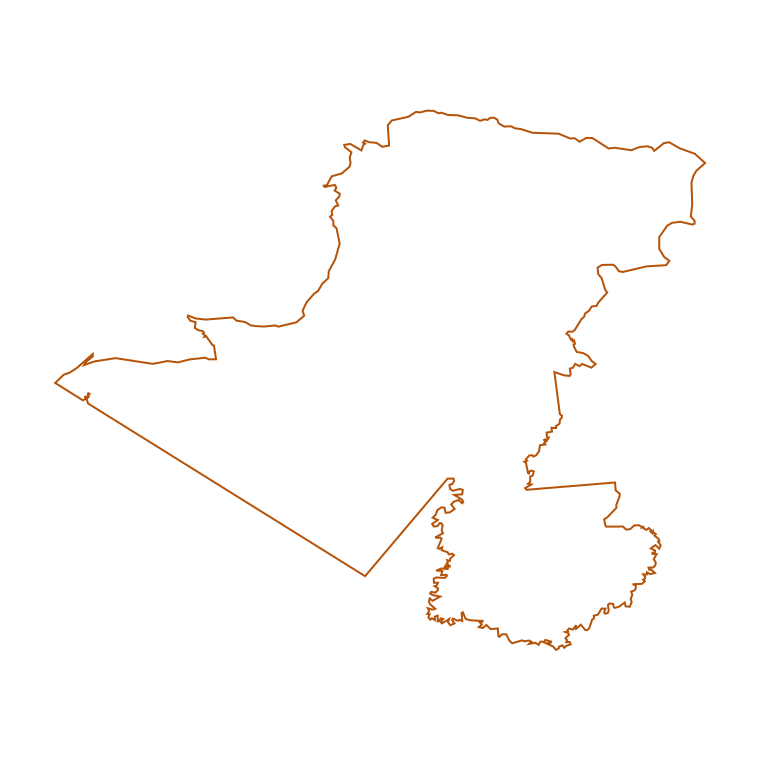 outline of San Vicente De Chucuri, Santander, Colombia, rotated 268°
{"feature_id": "7082276B82845110848853", "entity_name": "San Vicente De Chucuri", "entity_type": "district", "adm_level": 2, "iso_a3": "COL", "parent_name": "Colombia", "parent_adm1": "Santander", "projection": "natural_earth1", "projection_center": [-73.583, 6.928], "detail": "fine", "context": "isolated", "style": "outline", "palette": "amber", "viewbox_px": 768, "rotation_deg": 268, "n_neighbors": 0, "source": "geoboundaries", "source_scale": "gbopen_adm2", "svg_char_len": 6143}
<svg xmlns="http://www.w3.org/2000/svg" viewBox="0 0 768 768"><g transform="rotate(268 384 384)"><path d="M135.3,482.1L135.7,489.2L127.7,489.6L127.3,490.6L129.7,493.1L129.6,497.4L123.3,500.3L120.4,503.0L123.0,513.1L122.0,515.2L122.6,520.0L121.3,522.3L119.2,519.9L120.1,526.3L117.9,529.5L121.1,531.3L120.7,535.4L122.6,536.2L120.8,541.9L119.6,541.6L119.2,536.9L115.8,543.8L112.3,546.6L113.7,549.4L115.3,549.6L116.6,553.2L114.1,555.0L115.9,556.9L117.3,561.5L119.7,560.5L119.7,557.1L121.5,558.0L123.7,556.4L126.8,560.2L128.7,559.3L129.8,556.7L130.3,559.3L131.7,558.9L133.2,560.3L132.0,564.1L136.3,567.8L133.3,566.5L132.4,567.2L136.6,572.3L131.1,576.6L130.9,578.3L132.8,580.6L141.3,583.8L142.6,585.8L145.1,585.6L146.0,589.7L152.0,593.6L151.8,597.5L147.8,596.0L146.7,597.1L147.3,599.6L149.7,600.7L155.4,600.1L156.8,601.7L156.2,605.4L153.1,605.7L152.2,607.0L153.3,611.2L157.2,617.0L153.4,617.7L152.8,621.8L157.5,623.9L160.7,623.1L164.6,624.8L167.9,623.8L169.1,627.4L171.3,628.6L173.7,628.6L175.2,625.5L175.3,635.0L177.8,637.8L179.4,636.2L180.4,638.0L182.2,638.3L184.7,636.4L184.5,640.0L186.6,640.2L184.7,643.2L185.7,648.1L189.1,644.6L189.1,642.6L191.3,642.0L191.2,646.5L193.1,648.7L196.1,649.4L199.5,647.5L204.5,650.5L204.9,646.4L206.0,646.5L206.2,648.8L208.1,649.1L210.4,644.9L213.5,649.7L209.8,653.3L213.3,654.9L216.6,652.5L217.7,654.5L217.7,652.8L219.5,653.2L223.0,649.0L224.4,650.5L225.8,648.9L225.3,647.5L227.5,647.6L226.2,646.3L227.6,645.0L228.6,645.8L230.8,643.6L229.1,641.2L230.3,638.8L232.2,638.2L231.3,636.4L232.4,636.4L233.9,634.1L234.0,629.5L230.3,624.7L230.0,620.9L233.2,617.9L233.7,601.1L235.2,600.2L241.1,599.3L243.0,602.6L252.3,612.0L254.9,611.9L263.6,615.6L266.1,615.7L269.6,611.8L277.5,611.4L273.3,522.7L275.0,521.4L278.5,527.8L279.3,524.5L281.3,526.8L286.2,526.8L287.5,529.5L291.3,530.7L292.3,528.2L291.5,526.2L289.5,525.8L290.0,524.8L300.1,523.2L301.4,521.5L302.4,524.3L303.7,523.1L307.5,526.7L307.6,529.9L306.3,530.8L307.5,533.7L311.3,536.5L317.4,537.8L317.9,542.9L319.0,541.7L320.4,543.4L322.5,542.0L323.1,543.1L321.8,544.9L324.8,546.9L325.1,545.0L329.7,544.8L330.6,550.2L334.4,549.8L334.0,554.5L335.9,554.3L338.2,558.0L342.6,558.8L343.8,560.3L346.1,560.8L347.8,558.7L390.0,554.7L386.4,564.1L385.6,569.9L387.6,570.9L392.9,570.3L393.7,573.5L397.4,575.7L395.0,580.1L397.2,582.4L393.1,591.8L396.6,596.2L399.6,592.5L405.1,588.8L408.0,583.9L409.3,577.7L415.1,575.0L416.9,574.8L417.5,576.3L421.1,575.4L420.1,573.9L422.5,573.4L422.0,572.2L426.1,570.5L427.9,568.1L430.0,570.1L429.7,574.2L431.3,576.5L442.1,583.7L444.1,586.3L447.4,587.4L449.9,591.3L454.2,594.3L454.6,599.2L457.7,600.8L467.7,610.3L470.3,608.4L482.2,605.2L486.2,602.0L492.9,601.5L495.4,606.1L495.2,616.8L493.8,619.2L488.6,622.6L487.6,626.5L492.4,650.4L492.9,670.2L497.2,673.5L501.1,668.5L509.4,663.8L521.2,664.2L532.3,672.5L535.0,677.4L535.8,686.0L532.6,697.6L533.4,700.0L536.2,700.1L540.8,696.4L552.5,698.3L574.5,698.3L581.8,700.7L586.3,703.7L593.6,712.6L603.2,702.7L609.3,687.6L615.6,677.5L615.0,672.2L607.5,662.2L610.8,660.1L612.4,655.5L611.9,647.6L609.0,639.3L612.1,622.6L611.5,616.8L622.5,600.9L622.9,594.8L619.3,587.9L623.0,583.1L622.8,578.8L628.1,567.1L629.9,541.2L634.0,529.6L635.0,523.7L637.1,520.0L637.1,513.0L640.5,507.8L644.3,506.4L646.3,503.3L646.3,499.6L644.3,496.6L645.0,494.0L643.7,489.2L646.3,484.5L647.1,476.7L649.9,467.4L650.6,457.5L653.1,450.9L652.7,447.7L655.2,443.2L655.7,436.4L654.2,429.7L654.8,425.4L650.2,417.7L647.1,401.0L642.5,396.8L622.1,397.4L621.1,390.5L625.2,385.1L626.2,377.5L628.1,373.1L625.9,371.4L624.8,373.4L623.4,371.6L618.2,369.6L625.1,358.7L624.3,352.6L621.9,353.3L616.8,359.5L611.3,357.6L606.2,358.3L602.5,357.3L595.9,349.2L593.4,339.0L585.1,334.1L584.1,331.7L584.7,330.1L583.0,331.6L584.7,341.8L581.9,343.2L579.0,341.5L575.6,346.5L573.0,345.9L569.2,342.2L564.0,344.5L563.4,341.5L561.2,339.6L558.7,337.7L554.8,338.1L553.1,335.9L548.5,339.2L544.3,338.9L541.3,342.0L525.9,344.6L510.3,339.6L498.5,332.7L491.7,332.0L486.4,325.8L479.3,321.4L476.5,317.1L468.5,309.6L460.2,305.2L455.0,306.6L448.7,298.6L445.0,280.4L446.3,277.5L445.6,266.2L446.3,258.2L447.2,253.0L450.8,247.3L452.5,238.8L455.8,235.5L454.6,208.2L456.1,197.8L459.3,190.6L457.9,190.1L454.0,192.6L452.4,197.9L446.7,196.9L444.1,200.4L443.3,204.5L441.6,206.0L440.5,204.7L438.8,206.9L437.4,206.0L437.8,208.0L429.1,213.8L428.3,215.4L414.6,217.0L414.7,210.2L416.5,206.1L415.3,190.4L412.8,179.0L414.5,168.4L412.2,153.6L419.2,116.8L416.7,95.6L413.4,84.9L416.8,87.3L421.8,94.0L424.2,94.0L410.8,77.7L406.2,70.0L404.5,64.3L396.5,55.4L377.7,83.2L378.4,82.8L379.4,85.2L382.4,84.6L380.6,85.9L382.9,88.0L383.2,87.7L384.6,87.7L385.1,88.2L384.4,89.3L383.7,87.9L381.5,88.5L379.7,86.2L374.8,87.6L192.6,358.4L287.2,444.2L287.0,450.2L284.7,450.7L281.7,448.8L280.9,445.9L276.9,446.3L274.9,449.1L276.5,456.6L275.2,459.1L271.0,458.2L270.7,450.4L265.6,458.1L263.1,459.1L262.1,457.9L265.5,454.4L263.9,449.6L261.3,447.0L256.6,450.2L253.4,445.2L253.1,441.1L258.2,440.2L258.7,436.9L256.0,432.9L251.5,431.1L248.7,428.0L246.2,433.0L242.5,427.3L239.8,428.8L240.2,432.5L243.0,434.7L243.0,436.2L240.9,437.7L235.7,436.5L232.8,437.7L229.2,430.5L228.3,431.0L228.5,434.9L227.2,436.2L218.2,432.0L217.3,433.4L218.8,436.4L215.9,435.8L213.6,441.8L211.5,442.7L211.9,446.5L210.5,448.0L207.4,444.2L204.9,443.7L205.7,441.0L203.5,441.6L202.3,440.4L199.1,444.2L200.4,439.0L198.7,438.3L198.7,441.9L196.8,441.1L197.7,435.2L195.7,429.6L195.2,435.8L191.1,434.5L191.1,439.8L190.2,440.2L188.1,438.1L188.8,429.2L187.7,426.9L183.7,427.0L183.5,430.9L180.9,429.7L180.2,427.5L177.9,430.9L176.4,430.8L173.7,428.0L174.6,423.9L173.0,422.8L171.4,425.0L169.6,432.7L165.6,424.9L168.2,422.2L164.9,421.3L162.3,422.4L157.6,427.4L156.8,424.6L158.4,419.9L155.4,421.2L152.7,419.3L152.4,421.6L149.2,420.2L146.8,422.0L148.2,423.7L146.3,426.6L149.7,426.6L150.6,429.6L144.9,429.3L145.0,430.6L147.8,432.6L147.2,434.9L143.9,432.5L142.7,433.5L146.8,440.9L143.7,439.6L140.6,441.9L142.3,446.1L145.6,443.8L147.2,444.7L144.8,449.4L145.6,451.3L144.3,453.9L152.4,453.6L153.1,454.8L146.4,457.4L144.8,462.0L143.8,474.2L143.0,474.1L143.3,470.7L140.3,473.4L137.7,470.3L136.7,474.2L139.6,477.9L135.3,482.1Z" fill="none" stroke="#b45309" stroke-width="2"/></g></svg>